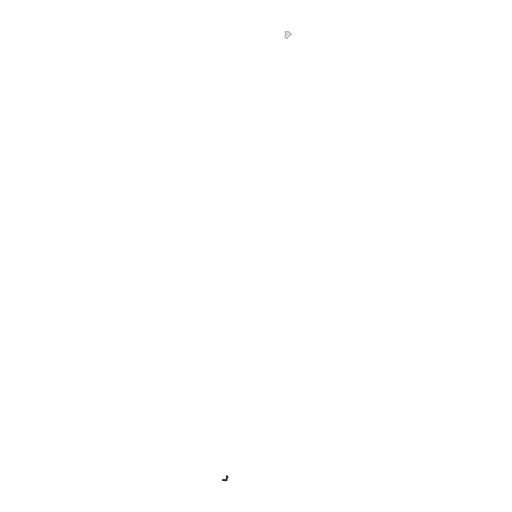 Cocos (Keeling) Islands on a map of Indian Ocean Territories (Albers equal-area conic projection), rotated 288°
{"feature_id": "IOA-1928", "entity_name": "Cocos (Keeling) Islands", "entity_type": "Province", "adm_level": 1, "iso_a3": "IOA", "parent_name": "Indian Ocean Territories", "parent_adm1": "", "projection": "albers", "projection_center": [96.87, -12.163], "detail": "fine", "context": "in_parent", "style": "filled", "palette": "slate", "viewbox_px": 512, "rotation_deg": 288, "n_neighbors": 0, "source": "natural_earth", "source_scale": "10m", "svg_char_len": 916}
<svg xmlns="http://www.w3.org/2000/svg" viewBox="0 0 512 512"><g transform="rotate(288 256 256)"><path d="M479.4,217.7L477.8,221.3L475.3,219.2L472.3,218.4L472.9,215.8L475.4,215.5L476.7,215.4L478.5,214.5L479.4,217.7ZM33.6,296.6L34.1,296.9L34.9,296.6L35.2,296.9L34.0,297.4L33.3,296.5L32.9,295.0L32.8,293.8L33.2,293.8L33.2,294.3L33.2,294.7L33.5,295.5L33.3,296.1L33.6,296.6ZM37.4,297.2L36.9,297.5L36.4,297.3L36.2,297.1L36.2,296.9L36.8,296.8L37.2,296.6L37.5,296.2L37.6,295.6L37.8,296.2L37.7,296.7L37.4,297.2Z" fill="#d9dde1" stroke="#a8b0b8" stroke-width="1"/><path d="M34.7,296.6L35.0,296.9L33.8,297.4L33.1,296.5L32.7,295.0L32.6,293.8L33.0,293.8L33.0,294.3L33.0,294.7L33.3,295.5L33.1,296.1L33.3,296.6L33.9,296.9L34.7,296.6ZM36.6,297.5L36.2,297.3L36.0,297.2L36.0,296.9L36.5,296.9L37.0,296.6L37.3,296.2L37.3,295.6L37.6,296.2L37.5,296.8L37.2,297.2L36.6,297.5Z" fill="#64748b" stroke="#1e293b" stroke-width="1.5"/></g></svg>